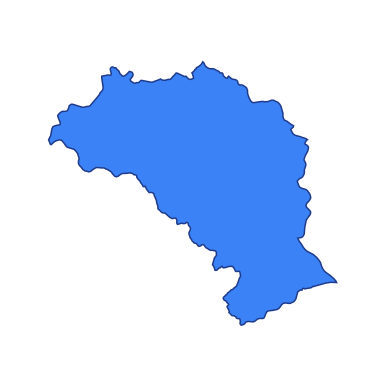 Melawi, Kalimantan Barat, Indonesia, rotated 75°
{"feature_id": "22746128B3341090541732", "entity_name": "Melawi", "entity_type": "district", "adm_level": 2, "iso_a3": "IDN", "parent_name": "Indonesia", "parent_adm1": "Kalimantan Barat", "projection": "albers", "projection_center": [111.782, -0.735], "detail": "fine", "context": "isolated", "style": "filled", "palette": "blue", "viewbox_px": 384, "rotation_deg": 75, "n_neighbors": 0, "source": "geoboundaries", "source_scale": "gbopen_adm2", "svg_char_len": 5932}
<svg xmlns="http://www.w3.org/2000/svg" viewBox="0 0 384 384"><g transform="rotate(75 192 192)"><path d="M333.4,178.9L333.4,177.1L333.0,175.4L331.5,173.4L331.7,170.7L333.3,166.6L333.1,164.8L331.6,161.3L331.8,158.5L332.5,156.8L332.5,156.0L332.3,155.1L331.7,154.5L328.4,152.0L326.9,150.5L326.6,148.8L327.2,145.0L327.5,140.1L327.0,138.3L326.0,136.8L324.7,135.5L323.3,133.1L323.3,130.4L324.5,127.8L325.0,125.8L324.2,121.9L323.1,120.3L322.1,119.3L315.7,115.6L314.7,112.5L315.2,111.5L315.2,111.1L314.9,110.6L314.4,110.5L313.8,109.9L313.9,109.2L314.1,108.6L314.7,108.3L315.3,101.8L314.5,99.6L314.9,98.6L314.7,97.8L314.6,86.1L315.2,81.2L315.8,79.1L316.2,78.1L316.3,77.3L316.9,75.8L315.2,76.1L312.8,77.2L308.6,80.0L303.9,83.8L301.4,85.2L297.8,86.0L293.2,86.2L290.6,87.1L287.9,88.3L283.9,90.9L279.0,96.2L276.9,97.6L274.8,98.6L269.6,100.2L267.9,101.0L263.9,101.8L264.3,98.5L263.9,96.8L263.2,95.9L261.5,94.4L255.0,92.1L248.9,89.0L247.2,87.3L244.8,84.2L243.2,82.9L241.7,82.6L240.6,82.9L236.2,85.4L234.3,85.3L233.4,84.8L232.8,84.2L230.7,81.0L228.9,79.1L227.1,78.6L224.9,78.7L224.0,78.8L220.1,80.4L218.8,81.7L216.9,84.9L215.1,86.8L213.3,87.2L209.0,87.6L208.3,87.0L207.0,84.8L206.5,82.3L206.1,81.4L204.3,79.6L202.7,78.6L201.7,78.2L199.6,77.7L196.2,75.4L194.6,74.9L193.8,74.8L192.7,74.9L190.1,75.5L189.3,75.2L186.6,73.5L182.4,69.6L179.9,68.3L179.2,68.0L178.4,67.9L176.8,68.6L175.1,70.3L173.8,70.3L172.3,68.5L171.5,67.9L171.4,67.0L170.2,67.8L165.8,74.3L165.2,75.6L163.8,77.8L162.5,79.0L160.4,79.8L157.2,80.5L155.5,77.4L154.3,76.7L152.3,78.8L148.2,82.0L146.3,84.3L143.0,84.7L139.4,83.8L132.4,83.9L130.0,84.5L127.6,85.8L126.4,87.4L124.6,89.3L124.1,90.5L123.9,91.4L124.3,94.7L123.9,97.7L122.6,101.0L121.6,109.7L120.4,111.2L118.1,112.0L115.2,112.6L112.2,112.8L110.4,112.7L108.4,112.1L105.6,112.3L103.9,113.5L102.2,115.1L101.5,116.1L100.9,118.4L99.9,119.1L98.2,119.5L97.0,119.3L95.9,119.7L94.7,121.0L93.3,124.0L92.6,124.6L89.6,126.7L90.0,127.4L91.2,128.5L90.9,129.3L90.4,130.0L88.2,131.4L87.4,131.6L85.7,131.6L84.9,131.9L84.2,134.1L82.5,134.8L81.4,135.9L80.8,136.9L79.1,138.5L78.3,139.8L77.9,141.8L77.1,143.6L76.0,144.8L74.7,145.9L73.1,146.7L70.7,147.0L69.0,147.9L70.7,149.6L71.7,151.1L72.6,153.4L73.1,155.6L74.1,156.2L74.5,157.6L75.8,158.8L76.8,161.2L77.0,161.3L78.2,160.9L82.3,161.0L82.6,161.5L82.9,163.9L82.6,165.2L82.2,165.7L81.3,166.4L78.6,167.9L78.5,169.1L78.3,169.6L73.1,175.9L73.1,177.0L74.3,178.4L75.8,181.1L77.0,182.5L77.4,183.7L77.4,184.8L77.0,186.1L77.2,188.6L76.4,191.5L76.2,191.8L75.4,192.3L74.7,193.2L74.9,194.2L75.7,202.3L71.3,211.5L71.0,212.4L72.2,214.5L72.4,215.6L72.0,217.4L72.3,219.0L71.1,220.6L69.7,221.9L69.0,222.4L67.9,222.6L67.3,222.5L65.3,219.9L63.9,218.7L62.4,218.5L61.7,218.6L60.9,218.9L60.3,219.6L59.3,221.3L60.8,223.6L61.8,225.7L62.4,227.5L62.3,228.7L62.1,229.0L59.3,230.8L58.8,231.0L56.3,231.3L54.9,232.1L54.3,232.8L52.7,233.1L52.1,233.8L52.0,234.9L50.8,236.0L50.6,236.4L50.6,237.5L51.5,238.9L52.3,239.2L56.8,239.4L57.7,239.7L58.1,240.2L58.1,240.8L57.2,242.9L56.8,249.2L58.7,249.7L68.3,250.8L69.8,251.6L71.0,252.7L72.4,255.1L73.8,256.1L76.4,259.6L76.7,259.7L77.2,260.8L82.3,268.2L82.5,269.1L82.5,269.9L82.1,271.5L82.2,274.0L81.6,276.2L76.4,284.5L76.0,286.1L76.9,288.3L78.6,289.2L80.2,290.4L81.3,291.6L81.5,292.7L80.6,296.2L80.7,297.2L81.3,299.0L82.5,301.0L83.6,302.0L85.5,302.0L90.0,301.4L91.6,301.5L92.4,301.8L92.9,302.8L92.6,304.7L92.6,307.0L92.9,309.3L93.1,309.6L94.8,311.0L101.1,314.0L104.4,317.0L109.2,316.5L109.8,315.9L109.1,314.3L108.2,312.9L107.9,312.1L107.4,310.2L107.3,306.5L108.3,304.6L110.9,303.3L115.1,301.7L116.4,301.0L120.4,294.7L123.8,293.0L125.5,292.5L130.6,292.4L132.8,293.7L135.1,294.3L136.8,294.0L139.9,292.4L142.2,291.5L143.1,290.5L143.9,290.0L145.1,287.5L145.7,286.9L145.9,285.8L145.7,283.9L144.9,282.7L143.6,278.3L144.6,274.8L145.2,273.7L146.0,270.7L147.4,269.3L148.3,267.9L151.7,264.8L154.2,263.9L156.7,262.6L157.7,261.3L157.7,259.2L156.5,256.5L156.2,255.2L156.2,254.0L157.1,250.1L157.3,247.5L157.8,246.7L158.3,245.2L158.9,244.6L160.5,243.4L160.7,242.2L161.1,241.8L161.8,241.3L163.7,241.5L164.5,241.2L166.5,240.4L167.7,239.5L169.7,239.2L171.4,238.4L173.9,237.8L174.5,237.0L174.5,236.2L174.2,235.9L174.8,235.5L176.9,235.4L181.0,233.8L181.5,233.4L182.0,231.1L182.7,230.1L184.2,229.3L186.0,229.3L190.5,228.6L193.6,228.9L195.6,228.7L197.6,228.8L199.3,229.2L200.0,229.0L201.3,228.0L204.0,226.5L204.8,225.1L205.2,224.0L205.7,223.3L210.9,219.9L211.3,219.3L212.5,218.1L212.7,217.4L212.6,215.8L212.8,215.0L213.3,214.3L214.8,214.0L215.6,214.1L216.5,214.2L217.8,214.7L218.9,214.7L219.4,214.3L219.6,213.6L219.4,210.1L220.2,208.9L220.6,207.0L220.6,206.4L220.1,205.7L220.0,204.9L220.4,204.3L221.1,203.9L223.2,204.0L225.5,202.9L227.1,203.0L227.7,203.2L228.5,203.7L230.3,205.4L232.2,205.8L234.4,205.6L235.5,205.7L236.7,205.3L237.4,204.9L239.5,204.5L240.6,203.7L241.3,203.5L241.8,203.1L242.6,201.5L243.4,200.9L245.2,200.2L246.3,199.5L246.3,197.7L246.2,197.1L245.5,196.3L245.5,195.4L245.8,194.8L246.4,194.1L248.3,193.5L249.7,192.7L250.7,191.6L252.0,190.5L253.1,189.3L253.8,186.8L254.2,186.4L254.6,185.0L255.9,184.3L256.5,184.1L259.6,184.9L261.5,187.4L267.5,191.0L269.9,190.2L273.6,190.0L274.0,188.6L273.8,187.9L272.5,185.8L272.5,184.4L271.5,182.5L271.7,182.0L273.1,181.6L273.5,180.9L273.5,179.4L273.7,178.5L273.4,176.4L274.1,172.6L274.7,171.9L277.1,171.0L279.7,170.5L280.3,169.8L280.6,167.7L281.0,166.8L281.7,166.5L285.4,166.8L286.1,167.1L287.9,168.8L290.6,170.5L293.5,172.7L294.3,173.4L295.2,175.1L295.6,176.3L296.7,178.1L296.7,179.4L297.1,180.4L297.7,181.0L298.8,183.9L299.7,184.6L300.2,185.3L300.2,186.1L300.9,187.0L301.9,188.9L302.9,189.4L304.6,189.0L305.4,188.3L305.8,187.5L307.9,186.8L309.5,185.8L310.4,185.7L311.3,187.3L311.8,187.9L316.9,186.8L317.7,187.5L318.2,187.5L320.0,186.2L321.0,185.9L321.8,185.3L322.2,183.9L322.7,183.2L324.1,181.9L325.1,181.8L326.0,180.9L326.7,179.0L327.4,178.6L329.8,178.9L331.2,179.6L331.9,179.6L332.7,179.4L333.4,178.9Z" fill="#3b82f6" stroke="#1e3a8a" stroke-width="1.5"/></g></svg>